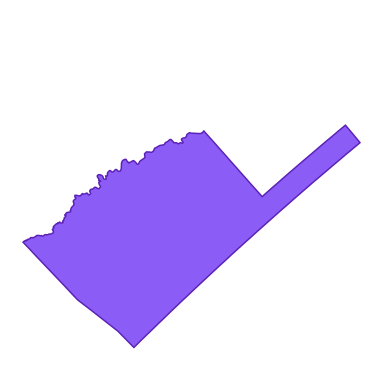 an SVG outline of Oklahoma, rotated 137°
{"feature_id": "USA-3533", "entity_name": "Oklahoma", "entity_type": "State", "adm_level": 1, "iso_a3": "USA", "parent_name": "United States of America", "parent_adm1": "", "projection": "albers", "projection_center": [-97.37, 35.324], "detail": "fine", "context": "isolated", "style": "filled", "palette": "violet", "viewbox_px": 384, "rotation_deg": 137, "n_neighbors": 0, "source": "natural_earth", "source_scale": "10m", "svg_char_len": 5605}
<svg xmlns="http://www.w3.org/2000/svg" viewBox="0 0 384 384"><g transform="rotate(137 192 192)"><path d="M34.2,136.2L34.5,130.5L34.8,124.9L35.1,119.2L35.5,113.5L39.9,113.7L44.4,114.0L48.9,114.2L53.4,114.5L57.9,114.7L62.4,114.9L66.9,115.1L70.4,115.3L79.8,115.7L88.2,116.1L96.6,116.5L105.0,116.8L113.4,117.1L121.8,117.4L130.2,117.6L138.6,117.9L147.0,118.1L155.4,118.3L163.9,118.5L172.3,118.7L180.7,118.8L189.1,119.0L197.5,119.1L205.9,119.2L214.3,119.2L222.7,119.3L231.1,119.3L239.6,119.3L248.0,119.3L256.4,119.3L264.8,119.2L273.2,119.2L281.6,119.1L290.0,119.0L298.4,118.8L306.9,118.7L315.3,118.5L323.7,118.4L332.1,118.2L340.5,117.9L340.7,123.6L340.8,129.3L341.0,135.0L341.1,140.7L342.1,147.0L343.1,153.3L344.1,159.7L345.1,166.0L346.1,172.3L347.1,178.6L348.2,184.9L349.2,191.2L349.3,201.2L349.3,211.1L349.4,221.0L349.5,230.9L349.6,240.8L349.7,250.7L349.7,260.6L349.8,270.5L349.6,270.5L348.7,270.5L348.0,270.1L348.0,270.4L346.1,269.9L345.6,269.6L345.7,269.3L345.8,269.2L345.0,269.1L344.0,269.3L343.7,268.9L343.3,268.7L342.8,268.5L342.2,268.4L341.5,268.7L341.3,268.7L341.1,268.6L340.7,268.2L340.1,267.9L339.4,266.9L338.9,266.6L338.4,266.6L337.4,266.3L335.0,266.0L333.5,264.6L332.9,263.6L332.7,263.3L332.3,263.1L332.0,263.0L331.8,262.7L331.6,262.0L331.5,261.8L331.3,261.5L331.0,261.3L330.7,261.2L329.4,261.2L328.8,261.1L328.2,260.7L327.0,259.4L326.3,259.0L325.1,258.7L324.9,258.5L324.7,258.2L324.5,257.9L324.1,257.6L321.6,256.8L321.0,257.0L320.3,257.6L320.0,258.2L320.0,259.0L319.8,259.5L319.4,259.3L319.1,259.7L318.9,259.9L318.5,260.0L318.1,260.3L317.7,260.0L317.4,260.0L317.3,260.4L317.3,260.8L317.2,261.0L316.8,261.2L316.5,261.3L313.3,261.2L312.9,261.3L312.7,261.0L312.4,260.8L312.1,260.7L311.8,260.7L311.6,260.8L311.4,261.0L311.2,261.0L311.1,260.8L310.9,260.6L310.9,260.4L309.7,260.4L309.2,260.2L309.5,259.5L309.2,258.8L308.8,258.4L308.3,258.2L307.8,257.8L307.3,257.6L306.9,258.0L306.4,258.9L306.1,258.9L305.5,258.7L305.4,258.8L304.5,259.3L304.1,259.4L303.7,259.6L303.3,259.9L303.1,260.2L302.7,260.2L302.1,260.3L300.9,260.3L300.6,260.6L300.8,261.8L300.4,262.1L300.1,262.0L299.9,261.8L299.7,261.5L299.4,261.6L299.2,261.8L299.0,262.2L297.9,262.4L297.5,262.3L295.3,260.9L294.9,260.5L294.5,260.4L294.0,260.7L293.6,261.1L293.5,261.5L293.2,261.4L292.6,261.8L291.9,262.3L290.7,262.8L290.1,262.9L288.2,262.9L287.8,263.0L287.1,263.5L286.6,263.6L286.3,263.9L285.6,265.5L285.3,266.1L284.6,266.5L283.9,266.6L282.3,266.5L281.3,266.6L281.0,267.0L281.1,267.7L280.8,268.6L279.8,269.4L278.7,268.3L277.6,266.7L276.7,265.6L276.0,265.4L273.4,265.6L273.1,265.5L273.0,265.1L272.9,264.7L272.8,264.3L272.6,264.2L271.7,263.7L270.2,263.3L269.7,262.8L269.5,262.6L269.4,262.4L269.4,262.2L269.4,261.9L269.4,261.7L269.8,260.8L269.7,260.6L269.4,260.3L268.5,259.9L268.0,259.8L267.6,259.8L267.4,259.9L267.2,260.0L267.0,260.4L266.5,261.8L266.4,262.1L266.2,262.4L266.0,262.6L265.7,262.7L265.3,262.8L264.6,262.9L264.2,262.9L263.9,262.8L263.7,262.7L262.7,262.0L262.3,261.8L262.0,261.7L260.6,261.9L260.3,261.9L260.0,261.8L259.8,261.7L259.3,261.2L259.1,260.8L258.9,260.4L258.7,259.1L258.5,258.7L258.3,258.4L258.1,258.2L257.5,258.0L257.2,257.9L256.9,257.9L255.6,258.2L255.4,258.3L255.2,258.4L254.9,258.7L254.9,259.3L254.8,260.4L254.2,261.7L253.7,262.5L252.8,262.7L251.5,262.3L251.5,263.0L251.8,263.3L252.1,263.6L252.3,264.0L252.1,264.3L251.4,264.8L251.2,265.3L251.1,266.6L250.8,267.8L250.1,268.5L248.9,268.5L248.0,268.0L247.3,267.0L246.7,265.8L246.6,264.6L246.7,263.9L247.4,262.7L247.6,262.0L247.5,261.4L247.2,260.9L246.8,260.5L246.3,260.1L246.1,260.3L245.6,260.5L245.4,260.6L245.2,260.8L245.1,261.2L244.4,262.3L244.2,262.6L243.2,261.7L242.8,261.6L242.2,262.0L241.9,262.6L241.7,262.8L241.5,263.0L241.2,263.2L241.0,263.4L240.7,263.6L240.3,263.8L237.8,263.9L237.2,263.5L237.0,262.5L236.9,261.5L236.6,260.9L236.0,260.6L235.2,260.5L232.7,260.6L232.2,260.3L231.8,259.4L231.9,257.7L231.5,257.0L230.1,256.3L228.6,256.8L227.3,257.8L224.0,261.1L222.5,262.0L220.9,262.3L219.3,261.8L218.4,261.3L218.0,260.8L218.1,260.2L218.2,259.9L218.3,259.4L218.5,258.5L218.5,258.0L218.3,257.5L218.5,257.0L218.5,256.5L218.2,256.2L217.8,256.3L216.5,255.8L214.6,255.4L213.2,254.7L213.1,253.2L212.9,252.2L213.1,250.8L213.1,249.6L212.5,249.1L211.6,249.2L209.8,249.9L208.7,250.0L203.6,249.3L202.7,249.6L202.1,250.2L201.6,251.1L201.0,251.8L200.8,252.2L199.9,252.4L198.0,252.4L197.5,252.0L196.2,250.5L195.7,250.2L195.5,249.9L194.9,248.8L194.5,248.6L193.2,248.3L192.8,248.3L191.9,248.4L189.4,249.5L189.0,249.2L184.2,248.1L183.5,247.8L180.7,245.9L179.8,245.7L179.2,245.8L178.6,246.1L177.8,246.2L177.1,246.1L175.6,245.6L174.9,245.5L173.1,245.5L172.3,245.4L171.6,244.8L171.5,244.1L171.5,241.6L171.6,241.1L171.8,240.7L171.1,239.9L170.0,238.8L169.6,238.1L169.4,237.3L169.1,236.6L168.3,236.3L167.6,236.2L167.2,236.1L166.9,236.0L166.6,235.7L166.4,235.3L166.3,235.0L166.2,234.7L165.5,234.2L164.9,234.2L164.5,234.7L164.3,237.0L163.9,237.6L163.4,237.9L162.5,237.8L161.7,237.5L160.3,236.6L158.5,236.3L158.1,236.4L157.8,236.6L157.4,237.1L157.1,237.3L156.4,237.5L154.1,237.3L153.4,237.0L153.0,236.5L152.3,235.4L146.1,229.1L145.7,228.8L144.9,228.7L144.6,228.4L144.0,228.3L142.3,228.5L141.7,228.5L141.7,228.0L141.8,225.9L141.9,220.7L142.0,215.6L142.1,210.4L142.3,205.2L142.4,200.0L142.5,194.9L142.7,189.7L142.8,184.5L142.9,179.3L143.1,174.1L143.2,169.0L143.3,163.8L143.5,158.6L143.6,153.4L143.7,148.2L143.8,143.1L143.9,140.8L143.5,140.8L141.5,140.7L140.3,140.7L136.9,140.6L131.6,140.5L124.7,140.2L116.6,140.0L107.5,139.7L97.8,139.3L87.8,138.9L77.8,138.4L68.1,138.0L59.1,137.6L50.9,137.1L44.1,136.8L38.8,136.5L35.4,136.3L34.2,136.2Z" fill="#8b5cf6" stroke="#5b21b6" stroke-width="1.5"/></g></svg>